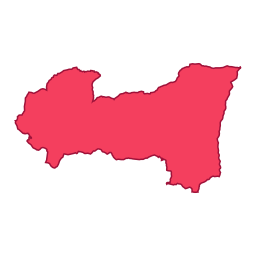 the district of Sativanorte, Boyacá, Colombia
{"feature_id": "7082276B25925183447781", "entity_name": "Sativanorte", "entity_type": "district", "adm_level": 2, "iso_a3": "COL", "parent_name": "Colombia", "parent_adm1": "Boyacá", "projection": "mercator", "projection_center": [-72.738, 6.126], "detail": "fine", "context": "isolated", "style": "filled", "palette": "rose", "viewbox_px": 256, "rotation_deg": 0, "n_neighbors": 0, "source": "geoboundaries", "source_scale": "gbopen_adm2", "svg_char_len": 5682}
<svg xmlns="http://www.w3.org/2000/svg" viewBox="0 0 256 256"><path d="M240.3,67.0L239.2,67.7L238.5,67.8L237.6,67.5L235.7,67.5L231.6,66.7L229.2,66.6L227.5,65.9L226.7,66.0L223.1,67.5L219.7,67.9L215.5,67.9L213.8,68.3L213.1,68.3L211.4,67.9L209.9,67.0L207.6,66.6L206.7,66.2L205.5,66.1L204.8,66.3L203.4,65.8L202.0,65.8L200.2,64.1L199.0,63.7L195.0,64.1L192.4,63.8L189.9,64.3L189.8,65.4L189.2,66.6L188.1,67.0L187.3,66.8L186.4,66.9L185.4,67.4L184.6,67.5L183.9,68.0L182.1,68.6L181.7,69.4L180.2,70.4L178.7,72.7L178.5,73.5L178.5,74.2L179.0,75.7L178.9,76.2L177.3,77.8L176.4,80.1L175.3,81.5L172.6,82.5L172.1,82.3L170.6,82.4L168.6,83.4L166.2,84.9L163.6,85.4L162.3,86.1L161.0,86.5L160.2,87.0L158.8,87.4L158.1,88.2L157.2,89.8L156.9,90.2L155.8,90.7L154.7,91.9L152.3,92.5L150.7,92.6L150.2,93.7L149.9,93.9L149.1,93.8L147.5,93.4L144.4,93.8L144.1,93.6L143.5,92.5L143.5,91.8L141.4,91.3L138.9,91.9L137.9,92.6L135.2,92.5L134.2,92.3L132.0,92.6L131.3,92.7L130.6,93.2L130.0,93.3L128.4,93.3L127.5,92.8L126.8,92.9L126.3,92.4L125.6,92.3L124.6,93.0L123.9,93.1L123.2,93.6L122.1,93.7L120.2,94.1L118.1,96.2L114.9,98.4L114.1,99.5L113.7,98.9L113.2,98.6L112.3,98.5L111.4,98.2L109.2,97.0L108.1,96.9L106.0,97.3L103.6,96.7L102.5,96.9L102.1,96.4L101.4,96.2L100.5,96.4L98.7,97.4L97.7,97.5L97.2,97.7L96.8,98.1L96.4,99.1L95.9,99.3L94.5,100.7L93.8,101.1L93.0,101.0L92.7,101.3L93.6,97.8L93.4,97.1L93.6,95.2L93.1,94.7L93.1,91.6L92.3,89.9L92.3,89.0L92.7,87.6L92.1,85.9L92.1,84.2L92.7,82.4L93.3,81.5L96.0,79.0L97.9,78.0L100.3,75.9L100.0,74.6L99.3,74.4L98.9,73.9L98.2,73.7L98.1,73.4L98.5,73.2L98.0,72.6L96.3,71.9L94.4,72.1L94.3,71.2L94.0,70.9L92.9,71.1L92.4,70.7L90.7,70.5L90.5,71.3L88.8,71.2L88.4,71.3L87.8,71.1L86.3,71.7L85.2,71.6L84.7,72.0L84.5,71.6L83.9,71.2L82.5,71.7L81.3,71.2L80.1,71.1L80.0,70.9L80.2,70.6L79.8,70.6L79.0,69.5L78.0,69.5L77.7,69.3L77.1,68.4L77.0,67.9L76.7,67.7L76.6,67.3L73.8,67.8L72.7,68.2L72.1,69.0L71.4,69.3L69.8,69.2L68.5,69.4L67.5,69.8L63.7,70.6L62.2,71.8L59.4,73.5L58.9,73.7L58.2,73.4L57.8,73.5L56.8,75.3L56.0,75.3L54.6,75.0L54.2,75.2L53.6,76.0L53.3,77.3L52.8,77.3L51.7,77.9L51.0,79.4L49.2,80.5L48.1,82.7L47.5,83.1L47.1,83.7L46.5,87.0L46.7,88.4L46.7,90.2L45.2,89.4L43.6,88.9L42.5,88.8L40.8,89.3L38.0,91.3L34.1,93.3L33.2,93.2L31.5,92.5L28.9,92.2L28.4,93.4L27.4,94.7L26.5,96.6L25.4,98.0L25.3,101.5L24.4,106.5L24.6,110.3L24.5,111.0L23.7,111.9L23.3,112.9L22.6,113.6L22.0,115.0L19.9,115.0L18.8,115.3L18.3,116.0L17.6,116.5L17.4,116.8L17.6,117.6L17.4,119.0L16.9,120.0L16.3,120.6L15.4,120.7L15.6,121.0L15.4,122.9L17.0,125.8L17.8,129.0L18.9,129.6L22.9,133.2L23.8,133.5L24.5,133.4L24.9,133.8L27.8,133.3L27.9,133.6L28.8,134.1L29.1,134.9L30.1,136.5L31.3,137.4L31.4,138.1L31.0,138.4L30.0,137.6L29.6,136.9L29.2,136.9L28.9,138.0L29.0,139.7L27.7,139.9L27.0,141.0L28.6,143.0L31.0,144.7L33.0,147.7L34.4,148.5L35.6,148.9L36.5,149.8L37.2,149.8L38.2,150.2L38.9,150.0L39.9,149.4L41.1,148.1L41.6,147.8L42.9,147.5L44.7,148.0L46.7,149.2L46.9,149.6L46.8,150.4L46.9,151.0L47.7,152.0L46.6,160.2L45.6,162.5L48.2,162.9L49.6,163.6L50.8,165.8L52.6,167.4L53.3,167.6L54.0,167.9L54.9,168.0L55.6,167.2L56.3,167.0L57.2,166.4L58.4,164.2L59.6,160.7L61.3,158.2L62.8,157.2L63.8,154.2L64.1,153.9L68.0,154.7L73.8,153.4L75.5,152.8L76.4,153.5L76.8,153.5L77.3,153.2L78.4,151.5L78.8,151.4L79.4,151.7L80.5,151.7L83.3,152.5L84.4,153.4L85.5,153.5L87.8,153.2L90.5,154.0L91.6,153.1L93.4,151.0L93.8,150.9L94.5,151.1L94.9,151.0L97.4,149.1L98.1,148.9L99.2,149.0L101.0,149.6L101.5,150.1L102.1,151.3L102.6,151.8L104.0,152.1L105.7,152.9L106.5,153.7L107.2,154.1L108.2,153.6L109.7,152.5L110.9,152.5L111.7,153.4L112.3,155.1L112.9,155.9L113.5,157.1L114.8,158.5L116.3,159.7L118.3,159.2L121.2,159.6L123.7,159.6L126.1,158.3L127.1,158.4L128.5,158.0L129.6,158.4L131.7,158.6L132.9,158.9L139.4,159.6L140.9,159.3L143.2,159.3L145.5,158.2L147.4,158.1L148.5,157.2L152.1,155.6L154.5,155.0L157.5,156.4L158.3,157.3L159.2,156.4L159.5,156.4L160.4,157.7L161.2,158.2L161.7,158.2L161.5,160.4L163.0,159.9L163.2,159.5L163.0,158.9L165.7,160.1L166.0,160.7L165.9,163.0L166.5,164.1L166.4,165.6L166.9,167.2L166.7,169.6L166.8,170.3L168.0,170.7L170.8,171.0L171.2,171.7L171.4,172.3L171.3,174.1L171.6,176.1L171.3,177.2L170.3,179.2L170.3,179.9L170.5,180.8L170.1,181.5L170.2,182.0L170.0,182.6L169.0,182.4L168.4,182.6L167.4,182.5L166.9,182.7L166.5,183.4L166.8,184.2L167.4,183.7L168.1,183.6L173.6,184.9L174.6,184.4L176.1,184.6L177.2,183.5L177.5,183.4L178.9,183.9L180.4,184.0L181.5,184.6L182.7,186.5L184.9,188.1L185.3,188.6L186.7,188.3L189.5,187.2L190.5,187.5L191.9,188.8L192.1,190.4L192.0,191.9L193.0,191.9L193.7,192.2L194.5,192.2L195.0,192.3L196.7,192.2L197.3,192.0L197.9,192.1L198.1,192.0L197.7,191.1L198.3,190.2L198.9,188.8L199.0,187.1L199.3,186.5L199.4,185.0L199.9,184.1L200.3,184.0L201.2,183.1L203.8,182.2L205.0,181.6L206.6,180.5L207.3,179.5L208.1,179.6L208.8,179.5L209.3,179.1L210.4,177.6L212.3,176.4L213.3,176.2L214.6,176.6L217.8,176.2L219.2,176.6L220.0,174.6L220.1,173.5L220.5,172.5L219.6,170.9L219.4,169.6L219.6,169.0L220.4,168.4L220.6,167.3L220.2,166.0L219.5,164.9L219.4,164.0L220.2,161.2L219.0,159.2L218.7,158.0L218.7,157.2L219.1,156.1L219.2,155.4L219.1,154.6L218.2,153.0L218.5,150.4L217.8,146.8L218.0,145.8L217.9,145.0L218.4,142.9L217.6,141.0L217.2,138.7L218.9,136.0L219.2,135.2L219.4,133.3L219.1,131.6L219.8,129.7L219.9,127.7L220.3,125.6L220.2,122.8L220.5,121.8L221.1,120.7L222.4,119.2L222.8,117.9L223.0,115.9L224.0,113.5L224.0,111.3L225.1,109.8L225.7,108.7L225.8,106.8L225.4,105.0L225.6,103.4L225.6,101.2L225.8,100.6L226.9,99.5L227.4,98.0L229.3,94.7L229.5,93.6L229.3,91.8L229.5,90.9L231.8,88.2L232.7,86.7L231.7,83.9L230.8,82.6L230.7,82.2L234.6,79.8L236.7,78.1L237.4,74.4L237.2,71.5L239.5,68.8L240.4,68.2L240.6,67.7L240.3,67.0Z" fill="#f43f5e" stroke="#9f1239" stroke-width="1.5"/></svg>